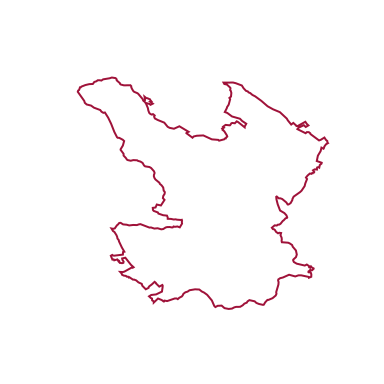 Romanasi, Salaj, Romania, rotated 18°
{"feature_id": "2599482B65987925441026", "entity_name": "Romanasi", "entity_type": "district", "adm_level": 2, "iso_a3": "ROU", "parent_name": "Romania", "parent_adm1": "Salaj", "projection": "natural_earth1", "projection_center": [23.168, 47.11], "detail": "fine", "context": "isolated", "style": "outline", "palette": "rose", "viewbox_px": 384, "rotation_deg": 18, "n_neighbors": 0, "source": "geoboundaries", "source_scale": "gbopen_adm2", "svg_char_len": 6084}
<svg xmlns="http://www.w3.org/2000/svg" viewBox="0 0 384 384"><g transform="rotate(18 192 192)"><path d="M301.4,268.1L303.6,264.6L303.8,262.7L303.2,261.7L303.0,260.8L302.8,253.4L302.2,250.9L301.3,249.7L301.1,248.5L302.5,246.7L304.8,245.3L309.9,240.7L316.3,240.4L319.1,238.3L321.7,237.5L329.3,236.7L329.7,237.4L331.6,235.8L331.0,233.6L330.2,232.3L328.4,231.9L327.9,232.3L327.4,232.1L327.4,231.4L327.9,231.0L328.6,229.3L329.4,230.0L330.4,229.3L331.4,227.5L331.3,227.1L329.1,226.7L328.1,226.0L327.6,227.3L326.9,227.5L326.5,227.2L326.5,226.4L323.6,225.5L322.0,227.1L313.7,227.8L310.5,227.1L309.4,225.9L309.2,225.0L311.0,221.8L311.0,219.1L308.9,215.5L304.7,212.9L303.6,211.5L300.9,210.7L299.2,210.5L293.0,212.0L292.3,210.8L292.0,209.2L291.3,207.7L289.5,205.7L289.4,203.5L287.6,203.8L286.6,204.7L284.2,203.9L282.6,202.5L281.4,202.1L280.4,202.3L279.0,201.3L280.9,198.2L283.0,197.7L283.7,196.6L285.1,196.0L286.0,194.9L287.3,191.4L287.9,190.7L289.1,188.1L290.3,187.3L290.4,186.7L289.0,185.0L286.4,183.5L281.5,182.4L277.3,177.2L274.6,172.9L273.6,170.6L274.0,170.1L276.5,171.2L278.0,170.7L280.0,170.8L285.0,172.8L286.8,174.3L287.7,174.0L289.2,172.1L289.9,168.7L289.7,167.6L290.1,165.0L294.8,158.7L295.8,156.9L297.3,151.6L297.1,148.7L297.4,144.1L295.9,143.0L296.9,140.5L298.4,138.0L300.0,137.8L300.3,137.0L301.0,136.9L301.1,136.4L302.0,135.8L302.1,135.2L300.4,134.0L301.6,132.6L303.9,132.0L303.4,130.8L303.5,129.9L304.6,129.3L305.5,129.5L305.2,126.8L306.4,125.0L306.3,124.1L301.1,124.0L300.5,118.6L301.7,113.3L301.4,109.8L303.7,110.2L303.9,109.2L303.8,107.9L304.7,105.2L306.2,103.5L305.5,103.1L304.9,101.7L303.2,101.0L301.1,99.3L298.4,102.5L296.9,103.7L286.8,100.3L286.3,99.6L284.6,99.0L282.7,99.6L281.9,101.0L273.2,99.7L272.8,99.6L273.4,98.0L277.7,93.9L280.1,95.0L282.1,92.7L280.2,91.8L278.1,90.2L272.2,96.5L271.0,97.0L270.8,96.7L267.0,95.0L265.5,97.2L260.9,94.2L259.5,92.9L250.9,88.9L243.5,88.3L237.4,87.1L229.8,83.9L222.5,81.5L219.4,81.0L216.8,79.9L215.0,79.8L214.0,79.1L212.1,79.1L209.0,77.4L206.5,75.3L200.0,75.0L197.3,75.2L188.2,78.2L189.4,79.3L192.0,79.0L196.2,81.0L196.6,81.7L196.8,83.3L197.6,83.8L198.8,85.6L199.6,89.2L198.5,91.0L199.6,91.9L199.9,97.6L199.1,100.5L199.2,101.5L198.5,105.8L201.1,105.9L206.7,107.8L215.0,107.5L217.8,109.0L222.5,110.3L221.9,113.4L222.1,114.2L214.4,111.3L212.7,111.0L211.5,113.4L208.9,113.9L208.2,114.5L207.7,116.4L207.4,116.9L203.2,117.8L201.4,120.3L202.5,120.9L201.1,122.3L202.2,123.1L202.0,123.5L204.0,124.3L207.7,127.4L208.4,128.4L207.6,129.7L207.6,130.6L206.7,131.0L206.4,131.9L201.9,134.8L200.9,134.3L194.6,135.8L185.3,134.7L179.2,137.0L176.4,138.7L175.7,140.2L168.5,137.8L168.5,137.4L170.1,135.8L159.7,133.4L155.3,137.4L150.9,137.9L148.7,137.5L144.2,134.6L137.1,134.1L133.9,133.5L132.7,132.1L132.9,130.8L131.5,130.2L130.8,130.0L130.0,130.8L128.4,130.7L126.9,130.0L125.3,128.0L124.1,125.8L121.1,122.3L120.2,121.6L124.4,121.4L125.6,121.9L127.4,120.1L124.4,119.1L125.4,118.4L123.7,117.3L123.5,116.9L120.6,116.6L119.4,116.8L117.4,116.0L118.5,118.0L119.0,119.8L118.1,120.5L117.3,120.1L116.4,118.9L110.6,115.3L109.6,114.9L106.0,114.6L104.8,114.0L102.8,112.2L101.8,111.0L101.5,110.1L100.4,109.5L94.3,111.6L91.1,111.8L90.4,111.6L89.8,110.8L85.9,109.1L85.5,108.1L84.1,107.3L80.4,107.9L78.5,109.3L72.7,112.3L71.4,114.0L69.8,114.2L67.8,114.9L66.8,116.3L65.1,117.5L64.3,119.9L60.9,121.2L57.6,123.2L54.3,125.9L53.8,126.9L53.1,127.1L53.1,129.8L52.4,130.7L52.4,132.0L61.4,138.7L62.5,140.3L64.8,141.3L69.3,141.0L72.7,142.1L79.4,142.4L81.1,143.6L83.2,144.1L84.6,143.3L89.3,147.2L94.0,152.1L99.6,158.9L103.7,163.0L104.5,163.4L106.1,163.0L110.0,163.7L111.7,164.5L111.9,169.2L110.9,173.4L111.1,174.0L115.1,176.8L115.7,178.5L118.6,180.1L120.1,181.3L121.0,181.5L124.1,181.2L126.3,179.8L130.1,178.8L131.0,179.1L133.6,179.0L136.0,179.6L138.2,181.6L139.5,182.1L143.8,181.4L145.7,181.8L149.4,184.0L150.4,185.2L150.6,186.0L150.5,187.5L150.9,188.9L152.1,190.4L153.4,191.4L158.2,193.3L158.9,194.2L160.9,195.0L163.2,196.6L164.7,199.5L165.9,200.2L166.3,200.9L166.5,202.4L165.9,204.5L166.2,206.8L168.3,208.0L166.6,214.4L162.4,214.8L162.1,218.0L159.6,219.2L160.4,221.1L161.4,221.8L165.9,222.0L166.7,222.9L171.7,223.0L175.5,222.2L176.7,223.6L177.2,225.0L180.3,224.1L183.1,223.8L185.0,223.0L186.1,223.0L190.2,222.0L190.9,221.6L191.5,222.6L191.5,223.5L192.3,225.1L191.3,229.4L188.8,229.3L186.5,230.4L185.1,230.5L184.7,231.5L184.0,231.9L181.6,232.2L179.1,233.1L177.9,233.9L176.1,236.1L174.3,237.0L170.5,237.1L167.5,238.4L163.9,238.4L162.5,239.0L152.9,238.5L151.5,239.2L149.8,240.5L146.3,241.5L142.6,243.2L140.0,243.3L136.5,244.1L133.7,243.4L133.0,243.6L132.2,244.2L131.8,245.5L130.9,246.9L129.8,250.5L128.3,251.4L126.7,251.6L128.9,253.5L130.6,254.0L133.5,256.4L134.7,257.8L135.5,259.3L137.2,260.4L137.8,261.5L142.5,266.5L146.1,269.7L145.0,270.4L145.6,272.9L137.7,276.6L136.3,276.8L135.6,276.5L134.5,277.7L137.2,280.9L138.3,280.3L139.1,281.0L141.8,279.2L143.2,280.4L143.3,279.8L144.0,280.0L145.2,281.7L147.5,281.3L148.6,280.6L148.5,279.4L146.8,278.0L146.1,276.8L148.9,275.1L156.4,280.1L159.7,281.6L159.0,282.4L158.3,282.2L152.3,288.6L151.0,289.5L148.4,290.2L150.3,291.3L151.0,292.3L153.0,292.6L155.0,292.2L156.1,292.7L157.3,292.3L158.4,292.9L158.8,292.4L163.0,293.6L163.9,293.2L166.2,293.3L169.0,294.5L172.6,294.9L173.7,296.5L178.1,298.8L180.3,296.6L180.2,295.8L180.5,294.9L182.3,292.4L184.2,289.0L185.7,289.6L185.9,290.0L190.1,292.1L192.5,289.6L193.0,290.0L193.4,291.3L194.2,296.0L189.5,300.5L185.1,302.5L183.4,304.5L185.5,305.5L186.9,305.7L187.6,307.4L189.4,307.8L189.8,309.0L192.6,303.8L196.6,304.1L198.9,304.9L199.3,304.7L199.4,303.8L202.1,303.4L208.5,298.6L210.3,298.0L211.6,298.3L212.6,296.5L214.6,294.5L215.1,293.2L215.3,291.5L216.7,289.4L218.6,288.1L220.0,286.2L225.0,283.6L229.1,282.5L232.1,283.6L234.5,283.9L238.2,285.1L244.4,289.0L248.4,293.5L249.8,294.2L251.6,292.3L255.3,290.9L258.8,292.4L263.0,291.9L266.1,290.5L267.8,288.7L269.3,287.7L273.3,286.3L275.3,284.0L276.3,282.0L278.3,280.3L278.6,278.9L280.0,277.1L285.4,276.6L287.5,277.6L290.3,277.8L294.4,277.4L295.1,277.0L295.7,274.3L297.1,271.3L297.9,271.1L301.4,268.1Z" fill="none" stroke="#9f1239" stroke-width="2"/></g></svg>